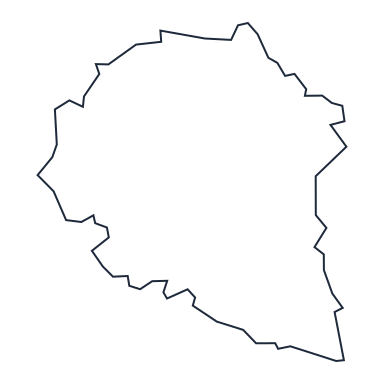 Clay, Kentucky, United States of America
{"feature_id": "52423323B60932235945211", "entity_name": "Clay", "entity_type": "district", "adm_level": 2, "iso_a3": "USA", "parent_name": "United States of America", "parent_adm1": "Kentucky", "projection": "robinson", "projection_center": [-83.714, 37.148], "detail": "fine", "context": "isolated", "style": "outline", "palette": "slate", "viewbox_px": 384, "rotation_deg": 0, "n_neighbors": 0, "source": "geoboundaries", "source_scale": "gbopen_adm2", "svg_char_len": 909}
<svg xmlns="http://www.w3.org/2000/svg" viewBox="0 0 384 384"><path d="M290.4,346.3L336.2,361.0L343.9,360.2L334.6,312.0L342.7,307.9L332.3,293.5L323.9,270.1L323.8,254.4L314.5,247.1L326.4,227.9L315.8,215.1L315.7,176.2L346.4,146.7L330.5,124.9L344.5,121.2L342.3,105.8L331.9,103.0L322.2,95.6L304.9,95.8L306.2,89.2L294.5,73.9L285.1,75.9L277.4,62.9L268.4,57.8L257.6,34.2L247.8,23.0L238.0,25.3L231.1,39.9L204.8,38.5L160.4,30.6L161.2,41.8L136.0,44.6L108.4,64.4L95.9,64.1L99.3,74.0L84.0,96.4L82.9,106.8L69.4,100.4L54.9,109.4L56.8,144.5L52.3,157.2L37.6,175.1L53.6,191.3L66.1,220.1L81.4,222.0L93.4,215.3L95.2,223.2L106.9,227.5L108.8,237.4L91.9,250.8L102.9,266.6L113.0,276.7L127.7,276.0L129.3,285.8L140.1,289.2L152.2,281.2L167.2,280.8L163.4,292.3L167.0,298.5L187.6,289.3L195.1,297.5L192.8,305.6L216.8,321.6L243.2,329.9L256.1,343.3L275.2,343.2L278.1,348.8L290.4,346.3Z" fill="none" stroke="#1e293b" stroke-width="2"/></svg>